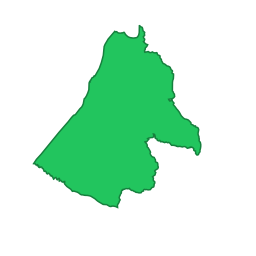 outline of Phu Luang, Loei, Thailand, rotated 309°
{"feature_id": "78962969B80258711240190", "entity_name": "Phu Luang", "entity_type": "district", "adm_level": 2, "iso_a3": "THA", "parent_name": "Thailand", "parent_adm1": "Loei", "projection": "orthographic", "projection_center": [101.608, 17.083], "detail": "fine", "context": "isolated", "style": "filled", "palette": "green", "viewbox_px": 256, "rotation_deg": 309, "n_neighbors": 0, "source": "geoboundaries", "source_scale": "gbopen_adm2", "svg_char_len": 5841}
<svg xmlns="http://www.w3.org/2000/svg" viewBox="0 0 256 256"><g transform="rotate(309 128 128)"><path d="M43.8,124.6L44.3,125.0L45.0,125.9L46.1,128.6L46.5,130.3L46.5,132.9L46.9,134.1L47.5,134.8L48.5,136.8L50.2,139.1L51.2,141.0L51.6,142.0L52.2,146.7L52.1,149.9L52.2,151.5L53.0,156.8L55.1,159.8L55.5,162.8L55.8,163.5L56.3,164.2L57.1,164.6L58.2,165.9L59.2,167.9L59.6,169.5L59.7,169.9L61.2,168.5L61.8,168.2L64.3,167.9L65.7,167.3L66.5,167.3L67.3,167.0L67.5,166.1L67.8,165.8L68.3,165.0L68.7,164.7L69.7,164.5L70.0,164.2L71.0,164.2L71.7,163.8L72.9,163.8L73.5,163.6L73.7,163.2L74.3,163.1L74.7,162.7L75.6,162.4L75.8,162.4L76.0,162.8L76.4,163.0L76.7,162.7L77.1,162.7L78.1,163.7L79.7,164.6L80.5,165.9L81.1,166.6L81.4,166.8L81.9,166.9L82.0,167.1L82.0,167.3L81.6,168.0L81.7,169.7L81.9,170.4L82.5,171.0L82.6,172.7L83.0,173.5L83.0,174.6L83.9,176.0L84.5,177.4L85.9,178.9L87.4,178.8L88.8,179.7L89.6,179.1L90.1,179.1L90.6,179.4L90.9,179.8L91.1,180.5L91.7,180.9L92.6,182.6L94.1,184.1L97.0,184.1L97.7,184.7L98.6,185.0L100.1,184.2L100.9,183.6L102.0,183.5L102.9,182.8L103.1,182.4L103.0,181.7L103.3,180.7L103.7,180.1L105.1,179.3L105.5,177.8L106.8,178.1L107.4,178.1L108.2,178.5L108.7,178.5L109.3,178.1L110.9,177.6L111.1,176.3L111.5,175.8L112.3,175.8L115.1,176.7L116.2,176.4L116.7,176.1L117.5,174.9L118.6,174.0L119.4,173.0L119.5,172.4L119.1,171.3L119.1,170.5L119.5,170.3L120.7,169.1L121.0,168.0L121.5,167.1L121.5,166.4L121.0,165.6L120.9,164.5L121.2,162.9L122.2,161.1L122.5,160.9L123.3,160.8L123.9,159.8L125.3,156.2L125.4,154.8L126.0,154.2L126.7,153.8L127.3,152.9L127.9,149.9L128.3,150.0L129.0,151.1L129.4,151.2L131.1,151.1L132.3,151.3L132.4,151.1L132.4,150.8L132.2,150.0L132.9,150.2L134.9,151.8L135.8,152.9L136.6,153.3L137.6,153.3L138.0,153.1L139.3,151.5L139.7,152.4L139.7,152.7L138.2,154.9L138.0,155.0L137.8,154.9L137.5,155.0L137.3,155.5L137.3,156.4L137.7,157.4L137.0,158.3L137.1,159.5L137.3,159.9L138.3,160.4L138.4,160.7L138.3,161.0L137.8,161.6L137.8,162.0L138.3,162.6L138.8,162.8L139.1,163.4L139.2,163.7L139.1,164.1L139.5,164.6L139.5,165.1L139.6,165.5L140.3,166.1L141.1,166.4L141.4,167.9L141.7,168.3L142.4,168.7L142.6,170.1L142.1,171.8L142.0,172.8L142.2,173.1L143.0,173.9L143.2,174.4L143.7,175.0L143.9,175.8L144.5,176.3L144.3,177.0L144.6,177.7L144.8,177.9L144.9,178.4L145.3,178.6L145.5,179.1L146.3,179.7L146.4,180.0L146.8,180.5L146.9,181.2L147.4,181.7L147.5,182.2L147.9,182.5L148.5,182.9L149.4,184.0L149.6,184.8L149.6,186.5L149.8,187.1L150.7,187.5L150.8,187.9L151.5,188.2L152.3,188.3L152.3,189.0L153.1,189.3L153.3,189.6L153.3,190.3L153.5,190.7L153.3,192.2L152.7,192.5L152.4,192.9L152.3,193.3L152.1,193.4L152.3,193.8L152.2,194.3L152.5,194.6L152.6,194.9L152.2,195.1L151.8,195.8L150.9,196.4L150.9,196.9L150.5,197.4L150.4,198.5L150.8,199.0L151.2,199.3L151.9,199.4L152.8,199.0L154.8,198.9L156.2,197.8L157.3,197.4L159.2,196.3L160.9,195.0L162.4,193.2L162.6,191.9L163.0,191.2L163.3,190.9L164.3,190.3L165.0,189.3L165.7,188.8L167.1,186.5L168.2,185.6L170.5,184.4L171.2,184.0L172.1,182.6L172.1,181.6L171.4,179.8L171.4,179.6L172.0,179.1L171.4,178.4L171.1,177.9L171.3,177.1L170.7,174.8L170.8,174.4L171.8,173.4L172.2,170.0L171.7,168.2L170.8,166.5L170.6,164.9L171.0,161.7L172.6,157.8L173.3,154.9L173.4,153.7L173.7,152.9L174.2,151.0L174.5,148.8L175.0,148.3L176.3,148.1L176.8,145.5L177.6,144.6L177.3,144.3L175.7,143.9L175.3,143.6L175.3,142.9L175.9,141.5L178.6,143.9L179.0,144.1L180.1,144.4L181.3,144.5L182.1,144.3L182.6,143.5L183.5,142.8L183.7,141.6L184.5,140.4L184.7,139.2L191.5,133.8L193.2,132.8L194.9,132.2L197.4,130.4L198.6,129.4L198.3,128.0L198.5,127.5L199.0,127.2L200.0,126.9L200.4,126.5L200.5,126.0L200.4,124.9L201.6,122.7L201.7,122.0L201.5,120.7L200.8,119.4L200.8,116.3L200.3,114.9L200.3,114.4L200.9,113.1L201.1,112.1L202.3,110.7L202.7,108.6L203.9,107.8L204.2,107.4L204.2,107.0L203.7,105.8L203.7,105.1L203.8,104.4L204.6,103.4L204.6,103.0L204.5,102.7L203.5,101.9L202.9,101.0L202.6,100.2L202.5,99.1L201.1,98.4L200.4,97.6L200.2,97.0L200.3,96.1L200.1,95.5L198.8,94.6L198.2,93.9L197.5,93.6L197.5,93.2L198.6,92.1L199.7,92.0L201.1,91.1L203.2,91.3L205.1,90.9L204.5,88.9L204.8,85.7L205.8,85.9L207.4,85.2L207.6,85.0L207.7,84.0L207.8,83.6L208.6,82.5L209.2,82.4L209.9,82.7L210.3,82.7L210.7,82.4L211.7,81.3L212.8,80.8L213.0,78.5L214.7,76.5L215.1,75.6L214.6,73.9L214.8,73.4L214.8,72.7L215.1,72.1L209.3,76.6L208.4,77.1L207.2,77.7L205.9,78.0L204.6,78.1L203.9,77.9L202.8,77.1L201.2,75.5L199.7,73.0L199.0,71.2L198.9,69.8L199.1,67.2L199.8,65.4L199.9,64.8L199.5,64.4L198.5,64.0L198.1,63.4L197.1,62.6L195.9,61.0L195.6,59.6L195.8,58.7L195.5,58.3L194.8,57.8L194.8,56.9L184.7,56.6L178.7,57.5L176.3,58.2L168.9,63.1L162.2,66.1L156.2,68.2L147.8,69.6L147.5,69.5L147.4,69.1L147.2,68.9L146.9,68.9L145.8,69.2L145.3,69.0L144.6,68.5L143.3,68.6L142.2,69.0L141.8,68.8L141.5,68.9L141.3,68.8L140.6,69.2L140.2,69.0L140.0,69.3L139.5,69.2L139.5,69.4L139.1,69.2L138.9,69.5L138.3,69.6L133.1,73.5L130.2,74.6L126.9,75.5L124.6,75.8L123.1,75.6L118.5,78.1L115.5,78.8L112.4,78.5L105.7,78.7L104.7,78.5L104.0,77.9L103.4,77.7L100.6,77.5L95.2,77.6L81.1,77.1L52.9,77.0L46.0,76.6L40.9,77.1L41.2,77.7L41.8,78.3L41.7,79.2L41.5,79.4L41.4,79.7L41.9,80.3L42.6,80.7L42.5,81.1L42.1,81.1L41.8,80.9L41.6,81.1L41.6,81.4L42.2,82.0L42.4,82.5L42.2,82.8L41.5,83.0L41.4,83.5L41.8,84.4L43.0,84.8L43.3,85.9L42.7,86.8L43.0,87.8L41.6,90.0L41.8,90.5L42.5,91.0L42.2,92.4L41.6,93.1L41.7,93.8L41.5,94.2L41.9,94.5L42.7,94.5L43.0,95.5L42.6,97.0L42.1,97.7L42.6,98.0L42.6,98.5L42.8,98.7L42.6,98.9L42.8,99.1L42.8,99.3L42.5,99.8L42.4,100.5L41.4,102.4L41.6,102.5L42.4,102.4L42.9,102.4L44.2,103.1L43.2,105.2L43.3,105.7L43.6,105.9L43.9,105.9L44.6,105.6L45.5,106.1L45.6,106.3L45.1,107.1L44.3,107.5L43.7,107.7L43.5,108.0L44.5,108.4L45.0,108.8L44.9,109.2L44.7,109.7L44.8,110.2L44.6,110.6L44.8,111.2L45.1,111.5L46.1,111.9L46.6,112.5L46.1,113.0L45.3,112.9L44.6,114.2L44.1,117.3L44.4,122.1L43.8,124.6Z" fill="#22c55e" stroke="#15803d" stroke-width="1.5"/></g></svg>